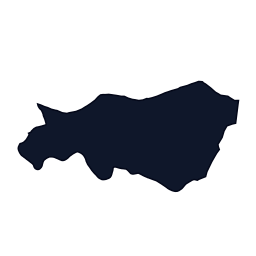 the district of Gouette, Micoud, Saint Lucia, rotated 188°
{"feature_id": "8701671B72439737760091", "entity_name": "Gouette", "entity_type": "district", "adm_level": 2, "iso_a3": "LCA", "parent_name": "Saint Lucia", "parent_adm1": "Micoud", "projection": "orthographic", "projection_center": [-60.939, 13.806], "detail": "fine", "context": "isolated", "style": "filled", "palette": "ink", "viewbox_px": 256, "rotation_deg": 188, "n_neighbors": 0, "source": "geoboundaries", "source_scale": "gbopen_adm2", "svg_char_len": 4096}
<svg xmlns="http://www.w3.org/2000/svg" viewBox="0 0 256 256"><g transform="rotate(188 128 128)"><path d="M51.9,86.0L51.0,86.9L49.3,87.9L44.4,90.7L44.1,93.3L43.8,95.7L42.4,100.1L40.4,106.3L38.5,111.1L36.7,115.5L34.6,119.4L35.9,121.8L36.7,124.3L34.2,130.1L33.5,131.8L32.5,138.4L30.7,143.0L30.3,143.9L25.1,146.6L22.1,147.7L22.4,167.3L22.4,170.6L25.2,170.2L26.4,170.0L31.4,172.2L33.1,173.1L33.5,173.3L40.9,173.3L43.1,174.3L43.8,174.6L46.2,175.5L47.3,176.2L51.5,179.0L57.3,182.3L59.8,183.3L60.6,184.1L61.8,184.1L64.5,183.9L68.1,182.0L71.3,180.5L75.1,178.3L79.3,176.5L81.9,175.4L83.8,173.8L87.8,172.0L90.3,170.9L93.4,169.3L96.1,168.0L99.0,166.2L101.9,164.5L102.9,163.9L104.0,163.3L108.4,161.2L112.0,159.8L113.5,159.8L117.1,157.8L121.1,156.7L123.1,156.8L125.1,156.9L127.7,156.9L132.2,157.6L136.0,158.8L137.9,158.6L139.0,158.4L144.0,158.6L151.7,158.6L155.5,157.8L156.7,157.7L157.4,157.6L159.8,156.9L161.7,154.9L162.5,153.8L164.4,151.0L165.7,149.7L166.1,149.3L168.3,147.1L169.1,146.4L171.1,144.6L172.3,143.6L172.9,143.2L176.3,140.3L179.5,138.4L181.6,137.2L183.5,136.5L187.1,135.3L188.5,134.8L190.5,133.9L193.4,133.9L195.2,133.9L200.8,135.4L202.2,135.4L206.6,135.9L210.4,137.0L213.6,137.5L217.6,138.6L220.8,139.2L220.3,137.9L219.7,136.8L218.2,135.0L216.2,133.6L215.0,131.8L214.0,130.1L213.4,128.3L211.5,125.1L209.9,121.5L209.6,120.6L209.7,119.7L213.6,117.9L216.8,116.6L218.9,115.9L221.0,114.3L223.2,111.4L223.6,110.3L225.7,109.0L225.5,108.8L225.2,108.5L225.1,107.8L225.1,107.2L225.2,106.8L225.5,106.0L226.2,104.3L226.7,103.1L227.2,102.1L227.9,101.1L228.1,100.9L228.8,99.9L229.9,98.9L230.7,98.4L231.2,98.1L232.7,97.5L232.9,97.0L233.2,96.2L233.6,94.8L233.9,93.7L233.8,93.2L233.8,92.2L233.3,90.9L232.6,89.7L231.6,88.2L231.2,87.8L230.7,87.2L229.6,86.1L228.0,85.3L226.5,84.4L225.6,84.0L224.2,83.1L222.5,82.2L220.6,81.1L220.3,80.9L219.4,80.4L218.0,79.6L217.6,79.4L216.4,78.2L215.6,76.5L215.4,76.2L214.3,75.0L213.4,74.6L212.9,74.5L212.1,74.3L211.3,74.4L210.3,74.8L209.4,75.6L208.9,76.4L208.5,76.9L207.9,78.5L207.8,79.8L207.6,81.5L207.4,82.7L207.2,83.3L206.9,84.2L206.0,85.3L205.7,85.5L205.1,86.2L204.5,86.7L204.0,87.1L203.2,87.6L202.5,88.1L202.0,88.4L201.7,88.5L200.1,88.8L198.5,88.9L197.9,88.9L196.8,88.8L195.8,88.5L193.4,87.9L192.4,87.6L191.8,87.4L190.8,87.1L189.4,86.8L189.1,86.7L188.7,86.7L187.5,86.9L186.1,87.5L185.8,87.8L185.4,88.1L184.5,88.8L184.2,89.1L184.0,89.4L183.5,89.8L182.4,91.3L181.7,92.2L180.7,93.1L180.3,93.5L179.5,94.3L178.7,95.0L178.1,95.4L177.4,96.0L176.8,96.4L176.4,96.7L175.4,97.3L174.9,97.4L174.6,97.6L174.2,97.5L173.7,97.4L171.6,96.8L170.2,96.2L169.0,95.4L168.2,94.8L168.0,94.6L167.0,93.4L166.5,92.8L166.1,92.2L165.4,91.0L165.1,90.3L164.8,89.5L164.5,89.0L163.9,88.1L162.9,86.5L162.2,85.7L161.7,85.2L161.0,84.5L160.5,84.0L159.8,83.2L159.5,82.9L158.0,81.2L156.9,80.2L155.7,79.1L154.5,78.1L153.2,77.2L152.7,76.7L151.4,75.6L150.4,74.8L150.1,74.6L148.4,73.9L147.7,73.7L146.8,73.4L145.7,73.4L144.6,73.6L143.9,73.8L142.6,74.2L142.0,74.6L140.9,75.1L140.5,75.4L139.9,75.7L138.7,76.9L138.3,77.8L138.1,78.2L138.0,78.6L137.7,80.2L137.5,82.0L137.2,83.7L137.2,84.6L137.2,84.9L137.2,85.4L137.3,86.2L137.2,86.4L136.8,87.2L135.7,87.6L134.3,87.7L133.3,87.5L131.3,87.2L130.0,87.1L129.4,87.1L128.6,87.0L127.3,87.1L125.6,87.1L125.0,87.1L124.0,87.1L122.8,86.4L121.9,85.8L120.7,84.8L120.4,84.6L119.4,83.7L118.5,83.2L118.0,83.2L117.2,83.1L116.3,83.2L114.7,83.7L113.9,84.0L113.5,84.1L113.0,84.3L112.5,84.5L111.6,84.7L110.9,84.7L110.5,84.5L109.8,84.3L108.8,84.0L108.5,83.8L107.7,83.6L106.5,83.1L104.2,82.4L102.2,81.9L101.8,81.7L101.2,81.6L100.3,81.5L99.9,81.4L98.8,81.1L98.1,81.0L97.4,80.8L96.0,80.5L94.6,80.2L93.5,80.0L92.4,79.7L91.2,79.2L89.2,78.3L89.0,78.2L87.8,77.7L86.3,77.0L85.6,76.6L85.1,76.4L84.1,75.9L83.1,75.4L82.7,75.2L81.2,74.4L80.2,73.8L78.8,73.2L78.4,73.0L77.9,72.9L76.0,72.3L75.6,72.2L74.2,72.0L73.0,71.9L72.3,71.9L71.1,72.1L70.6,72.2L69.3,72.9L69.0,73.0L68.4,73.6L67.1,74.7L66.2,75.6L65.0,77.4L64.1,78.9L63.1,80.4L62.1,81.4L61.4,81.9L60.5,82.7L59.5,83.5L58.7,84.1L57.4,85.2L56.0,86.0L55.2,86.2L54.5,86.2L53.3,86.1L52.6,86.0L51.9,86.0Z" fill="#0f172a" stroke="#020617" stroke-width="1.5"/></g></svg>